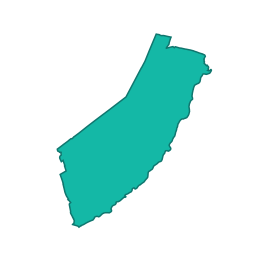 Bilca, Suceava, Romania (Natural Earth projection), rotated 318°
{"feature_id": "2599482B24007867343971", "entity_name": "Bilca", "entity_type": "district", "adm_level": 2, "iso_a3": "ROU", "parent_name": "Romania", "parent_adm1": "Suceava", "projection": "natural_earth1", "projection_center": [25.771, 47.929], "detail": "fine", "context": "isolated", "style": "filled", "palette": "teal", "viewbox_px": 256, "rotation_deg": 318, "n_neighbors": 0, "source": "geoboundaries", "source_scale": "gbopen_adm2", "svg_char_len": 5811}
<svg xmlns="http://www.w3.org/2000/svg" viewBox="0 0 256 256"><g transform="rotate(318 128 128)"><path d="M228.7,140.8L228.8,140.3L228.8,140.1L228.7,140.0L228.5,139.9L228.2,140.0L227.8,140.1L227.5,140.1L227.3,140.0L227.0,139.9L226.7,139.6L226.2,139.3L226.1,139.1L225.9,138.8L226.4,138.9L226.6,138.8L226.7,138.6L226.9,138.3L227.0,138.1L227.0,137.7L227.8,137.4L228.0,137.3L228.1,137.2L228.4,136.9L228.7,136.5L228.8,134.2L228.0,134.2L228.0,132.3L227.9,131.5L227.8,131.0L228.8,130.2L229.3,129.7L229.4,129.3L229.3,129.2L230.4,128.1L230.2,127.9L230.3,127.7L230.5,127.5L230.8,127.4L231.2,127.3L232.4,126.8L232.6,126.7L233.3,126.6L233.6,126.0L233.8,125.3L233.8,124.9L233.4,124.2L233.2,123.8L233.2,123.6L233.1,123.1L233.0,122.9L232.8,122.8L232.6,122.3L231.4,120.4L229.9,117.5L229.1,116.1L228.4,114.8L228.3,114.5L226.4,111.6L225.9,111.0L225.4,110.3L223.9,108.3L223.2,107.5L223.1,107.3L221.2,104.6L220.9,104.2L220.7,104.1L220.4,103.6L220.1,103.4L219.9,103.2L219.7,102.8L219.6,102.6L219.4,102.3L217.9,99.9L217.6,99.4L217.3,99.2L216.1,99.3L215.9,98.2L215.9,97.6L213.8,96.4L209.9,94.4L210.0,94.2L210.6,94.0L214.0,93.2L214.1,93.3L214.5,93.1L216.1,91.9L218.5,90.5L219.9,89.7L220.6,89.4L220.8,89.3L220.3,88.6L220.0,88.2L219.6,87.7L218.1,85.6L216.4,83.2L215.9,82.7L215.1,82.1L214.4,81.4L214.2,81.0L213.6,79.4L212.3,77.8L211.8,77.1L195.7,84.7L185.2,89.8L178.6,92.2L178.3,92.2L147.3,103.6L125.9,101.9L108.9,100.4L98.5,99.6L88.4,99.0L81.9,98.4L81.7,98.3L80.6,98.5L79.3,98.5L78.9,98.2L78.5,97.8L76.3,97.6L74.9,97.6L73.8,97.5L72.5,97.4L71.6,97.3L70.3,97.2L69.0,97.0L68.0,97.0L61.3,96.4L60.8,97.2L60.5,97.8L60.4,98.1L60.4,98.3L60.9,99.2L60.9,99.6L60.9,100.2L61.2,100.7L61.6,100.9L62.0,101.1L62.0,101.4L61.4,101.8L60.9,102.5L60.6,102.9L60.4,103.3L60.2,103.4L59.9,103.5L59.2,103.4L58.4,103.5L58.0,103.9L57.4,104.3L57.2,104.5L56.9,105.3L56.8,105.5L56.3,107.0L55.9,108.4L58.1,108.6L55.8,113.9L55.4,113.8L53.3,118.5L51.7,118.2L46.5,117.1L44.2,122.6L42.5,126.3L42.2,126.2L40.0,130.3L39.0,132.1L38.3,133.3L37.6,135.0L36.8,137.2L36.7,137.8L36.3,140.1L36.2,141.0L35.8,141.1L35.4,141.1L35.5,141.6L35.6,142.8L35.6,144.6L35.5,145.1L34.1,145.0L33.7,145.2L33.4,145.4L33.1,145.7L29.6,151.5L28.6,152.5L28.4,152.9L28.2,153.4L27.3,157.1L27.2,157.1L27.0,157.8L26.9,158.9L26.7,158.9L26.1,160.9L23.9,162.7L22.4,162.5L22.2,162.6L25.0,167.1L25.2,167.7L25.2,168.9L27.6,169.0L27.6,169.3L28.7,169.4L30.3,170.0L33.3,170.6L34.9,171.0L38.1,172.0L40.4,172.9L41.1,172.8L42.4,172.5L43.0,172.3L43.3,172.0L43.6,172.0L43.9,172.0L44.4,172.1L45.1,172.4L45.7,172.8L46.0,173.1L46.3,173.4L46.5,173.9L46.7,174.3L47.0,174.5L47.7,174.7L48.8,174.7L51.6,174.6L53.0,175.0L53.7,175.3L54.6,175.9L55.3,176.5L56.6,177.7L57.1,178.3L57.5,178.6L58.2,178.7L59.0,178.8L59.5,178.9L59.9,178.8L60.2,178.7L60.5,178.4L60.9,177.7L61.0,177.4L61.0,177.0L61.3,176.7L62.7,176.0L63.8,175.6L64.7,175.6L65.4,175.7L66.7,176.2L67.1,176.3L67.5,176.3L68.1,176.2L68.6,176.0L68.9,175.9L69.4,175.2L69.6,175.2L70.0,175.3L70.3,175.4L71.1,176.0L71.4,176.2L71.8,176.3L72.3,176.5L73.9,176.8L74.5,176.8L75.2,176.7L75.6,176.7L76.2,176.8L76.8,176.8L77.4,176.8L77.9,176.7L78.3,176.7L78.5,176.8L78.8,176.9L79.3,177.4L79.7,177.6L80.0,177.7L80.3,177.7L80.5,177.5L80.5,177.2L80.3,176.9L80.1,176.5L80.1,176.4L80.3,176.2L80.6,176.0L81.1,175.9L81.7,175.9L82.1,176.0L82.5,176.3L83.2,176.5L84.1,176.8L84.8,176.9L85.3,177.0L85.7,177.0L86.4,177.2L87.0,177.3L87.3,177.5L87.6,177.5L88.0,177.5L88.4,177.4L89.2,177.1L89.8,176.6L90.2,176.2L90.4,176.1L90.8,176.1L91.6,176.2L92.2,176.4L92.4,176.5L92.5,176.9L92.5,177.4L92.4,177.6L92.4,177.9L92.6,178.2L92.8,178.3L93.3,178.4L94.3,178.6L94.8,178.5L95.2,178.5L95.7,178.2L96.1,178.1L97.7,178.0L98.5,178.0L99.0,178.4L99.8,178.4L100.3,178.4L101.6,178.5L103.8,178.8L104.6,178.7L105.4,178.4L108.9,178.0L109.4,177.9L109.8,177.7L111.4,176.3L112.2,175.5L113.1,174.7L113.7,174.4L114.1,174.3L114.5,174.3L114.9,174.3L115.5,174.5L116.9,174.6L117.9,174.8L118.2,174.8L118.6,174.8L119.0,174.7L119.7,174.4L121.4,173.6L121.9,173.5L122.8,173.6L125.8,174.0L127.7,173.9L128.2,174.0L128.6,174.1L128.9,174.2L129.8,174.7L130.2,174.8L130.6,174.8L131.0,174.8L132.5,174.1L135.6,171.9L135.9,171.8L136.7,171.5L137.5,171.4L138.0,171.4L138.7,171.1L139.4,170.6L140.6,170.1L140.9,170.3L141.8,170.9L142.3,171.7L142.3,172.0L142.5,172.2L142.7,172.3L143.1,172.4L143.8,172.5L144.3,172.6L144.9,172.5L145.3,172.4L145.6,172.3L145.9,172.0L146.1,171.8L146.3,171.5L146.5,170.2L146.7,169.3L146.8,168.7L147.1,168.4L147.4,168.1L148.3,167.7L148.9,167.6L149.6,167.4L150.2,167.4L150.9,167.4L151.6,167.3L152.1,167.1L152.7,166.8L153.7,166.2L154.9,165.8L155.5,165.5L156.0,165.5L156.6,165.4L157.2,165.3L157.5,165.1L157.9,164.9L159.4,163.9L160.2,163.3L160.8,162.9L161.9,162.4L162.9,161.8L164.2,160.7L165.4,160.3L165.7,160.1L166.1,159.8L166.7,159.2L167.0,159.1L168.2,158.3L169.0,158.2L169.3,158.1L170.2,157.7L171.7,157.3L172.6,157.2L173.4,157.3L173.9,157.4L174.5,157.6L175.0,158.2L175.3,158.4L175.7,158.5L176.4,158.7L177.4,159.2L178.0,159.4L178.6,159.6L179.0,159.5L179.4,159.5L180.8,159.1L181.3,159.0L181.7,158.8L182.4,158.5L184.9,156.8L185.2,156.3L185.9,155.5L187.2,153.5L187.8,152.7L188.0,152.5L188.5,152.2L189.3,151.6L189.8,151.1L190.3,150.9L190.5,150.9L191.2,150.5L192.5,149.9L193.1,149.7L193.7,149.7L194.7,149.8L195.2,149.8L195.4,149.6L195.6,149.4L195.8,149.1L196.2,148.5L196.4,148.1L196.7,147.4L196.8,147.1L197.5,146.6L199.0,145.3L202.0,143.1L202.5,142.9L202.8,142.6L203.7,142.0L204.6,141.5L205.5,141.1L205.9,140.9L206.5,140.9L206.8,140.9L208.0,141.2L209.1,141.5L210.2,141.9L210.9,142.0L211.7,141.9L212.1,141.8L212.5,141.7L214.4,140.3L214.7,140.1L215.1,139.7L215.6,139.3L216.0,139.1L217.2,138.9L218.3,138.6L219.2,138.3L220.0,138.1L220.2,138.3L220.5,138.5L221.3,139.4L221.9,140.3L222.2,140.6L222.8,140.9L225.2,141.9L225.5,141.9L225.9,141.9L227.6,141.4L228.3,141.1L228.7,140.8Z" fill="#14b8a6" stroke="#0f766e" stroke-width="1.5"/></g></svg>